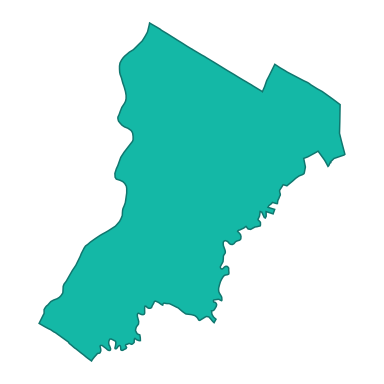 La Blanca, San Marcos, Guatemala (Natural Earth projection)
{"feature_id": "79465075B67582520223271", "entity_name": "La Blanca", "entity_type": "district", "adm_level": 2, "iso_a3": "GTM", "parent_name": "Guatemala", "parent_adm1": "San Marcos", "projection": "natural_earth1", "projection_center": [-92.12, 14.551], "detail": "fine", "context": "isolated", "style": "filled", "palette": "teal", "viewbox_px": 384, "rotation_deg": 0, "n_neighbors": 0, "source": "geoboundaries", "source_scale": "gbopen_adm2", "svg_char_len": 6017}
<svg xmlns="http://www.w3.org/2000/svg" viewBox="0 0 384 384"><path d="M149.1,25.5L147.7,31.2L147.4,32.2L145.2,36.2L142.2,41.0L138.9,44.2L135.8,47.3L133.2,49.8L129.4,52.1L124.8,56.0L123.2,57.7L121.5,60.1L120.0,63.0L119.5,66.0L119.5,69.0L119.7,72.3L120.2,74.6L120.6,75.6L121.5,78.1L122.8,83.0L124.2,87.0L125.5,91.7L126.1,95.4L126.1,98.6L125.5,101.3L124.5,103.3L121.8,107.4L120.2,111.5L119.1,114.6L117.9,117.1L117.9,118.7L118.4,120.7L118.6,121.2L120.1,123.1L122.0,125.2L124.5,126.9L126.3,127.6L127.8,128.2L130.9,130.3L131.9,131.6L132.7,133.4L133.1,136.5L133.1,139.6L132.6,141.2L124.1,152.2L120.8,157.3L117.9,165.4L116.3,168.9L114.9,173.4L115.1,177.2L116.3,179.1L120.1,180.3L122.8,181.6L124.7,183.4L126.3,186.1L126.7,188.3L126.7,193.0L126.0,198.0L125.3,202.7L124.1,206.0L123.0,208.5L122.6,210.3L122.4,212.8L122.3,215.5L121.0,218.7L119.6,221.4L117.3,224.1L115.4,226.2L108.4,230.7L105.3,232.5L102.5,234.0L100.1,235.4L95.6,238.4L90.5,242.0L88.0,244.2L85.5,246.0L84.1,248.1L82.7,250.9L81.3,253.6L80.3,256.2L75.8,265.4L72.3,270.6L66.2,281.3L64.1,284.0L63.2,286.3L62.9,292.4L62.7,293.1L61.0,295.7L59.3,297.4L57.0,298.8L53.7,300.0L50.9,301.5L47.7,305.1L46.5,306.0L45.6,307.1L44.8,308.3L44.1,309.6L44.1,313.5L43.4,314.7L39.1,323.4L44.6,326.6L48.7,328.8L50.1,329.4L51.3,330.1L52.1,330.7L54.2,332.1L55.2,332.5L68.5,342.1L68.8,342.9L69.4,343.5L70.1,344.2L71.2,345.0L74.5,347.9L75.9,348.8L79.3,351.5L80.6,352.6L83.4,354.7L86.1,357.0L87.8,358.3L90.7,360.4L91.5,361.0L92.5,359.4L94.3,357.1L97.0,354.1L97.4,353.5L99.3,353.2L100.1,352.7L100.8,350.9L100.7,349.0L100.3,347.3L100.0,346.1L100.7,345.4L102.2,345.5L103.7,346.7L106.0,348.4L107.6,349.9L109.1,350.5L109.9,350.4L110.4,350.0L110.6,348.8L109.7,346.1L109.1,345.2L108.8,343.8L108.7,342.1L109.2,340.2L109.9,339.1L111.2,339.0L114.2,340.5L115.4,341.2L115.8,342.1L115.8,343.4L115.6,345.1L115.3,346.6L115.0,347.5L115.0,348.5L115.3,348.8L116.1,348.8L116.8,348.2L117.4,347.6L117.9,346.6L118.8,345.8L119.5,345.5L120.1,345.7L120.4,346.3L120.6,347.2L120.7,348.3L120.8,349.6L121.0,350.0L121.6,350.3L122.2,350.4L123.0,350.2L124.1,349.5L125.1,349.1L126.0,348.3L126.2,347.9L126.3,348.0L126.4,347.7L126.6,347.4L126.2,346.8L125.7,346.0L125.5,345.4L125.9,344.6L126.9,344.3L127.5,344.2L128.8,343.5L129.1,343.5L129.9,343.6L131.1,344.2L131.8,344.3L132.6,343.9L134.1,342.5L134.2,341.4L134.2,340.1L134.4,339.0L135.0,338.4L135.5,338.8L136.5,339.7L137.8,340.2L139.2,340.7L140.4,340.6L140.3,337.7L139.8,334.9L138.2,334.3L137.1,333.7L135.5,330.6L135.8,328.7L136.4,326.8L137.5,325.4L138.5,324.0L138.7,321.5L137.4,316.5L137.3,314.7L137.8,313.5L138.6,313.2L139.6,313.7L141.4,314.5L143.0,314.7L144.2,314.2L144.7,313.1L144.6,308.2L144.8,306.7L145.1,306.1L146.3,306.4L147.0,307.3L148.0,308.0L149.0,308.3L150.4,308.2L151.5,307.6L152.3,305.6L153.6,303.4L154.1,302.1L154.6,301.4L155.4,301.1L157.4,301.9L158.6,302.5L160.0,303.5L161.5,304.6L162.7,305.1L163.0,303.9L163.6,303.3L164.3,303.1L165.2,303.3L166.1,303.5L167.5,303.6L169.0,303.6L169.8,303.8L174.3,306.0L176.2,307.0L178.2,307.9L182.4,311.5L185.6,313.8L186.2,314.0L191.3,314.6L192.5,314.9L194.3,315.4L195.1,315.8L196.4,316.8L197.1,317.5L197.8,318.4L198.6,319.9L199.0,320.2L199.8,320.4L205.6,316.8L206.4,316.5L208.6,316.8L209.0,317.1L210.5,318.7L212.7,321.4L214.1,322.7L216.0,319.2L214.0,317.5L213.3,316.7L211.9,314.2L211.5,310.8L212.6,310.8L213.1,310.6L213.7,310.2L214.3,309.7L215.7,307.4L216.2,306.5L216.5,305.5L216.6,304.8L216.6,304.4L216.5,304.1L216.2,303.4L215.4,302.5L215.0,302.3L214.0,302.2L213.7,301.9L213.5,301.3L213.4,300.7L213.5,300.3L213.7,300.1L214.0,299.9L217.5,299.4L218.5,299.3L219.1,299.4L220.0,300.0L221.3,300.6L221.6,300.7L221.8,300.5L221.9,299.8L221.8,298.1L221.7,297.2L221.3,296.3L219.4,293.1L219.0,292.2L218.8,291.6L218.6,290.0L218.6,288.7L218.8,287.5L219.5,284.7L220.4,281.8L220.8,280.9L221.9,278.7L223.2,276.7L223.7,276.1L224.4,275.5L225.0,275.2L225.6,275.0L226.3,274.9L227.7,274.6L228.1,274.3L228.6,274.2L228.9,273.3L228.9,272.5L228.7,270.3L228.7,268.1L228.3,267.5L227.4,266.5L226.6,266.3L225.8,266.3L225.1,266.6L224.3,267.1L223.6,267.9L222.7,268.7L222.1,269.0L221.2,268.8L220.8,268.4L220.5,267.9L220.3,267.0L220.5,266.3L223.0,261.7L223.3,258.7L223.4,256.3L223.5,255.7L224.3,254.4L225.1,253.2L225.3,252.5L225.3,251.6L225.2,250.9L224.8,249.5L224.1,247.6L223.4,245.7L223.3,244.6L223.2,243.3L223.3,242.4L223.6,241.6L224.4,240.9L225.0,240.7L225.7,240.7L227.2,241.3L228.0,241.9L228.8,242.9L229.7,243.8L230.9,244.4L232.3,244.5L232.8,244.3L233.9,243.7L234.5,243.0L235.4,241.9L236.4,241.3L237.5,240.8L239.3,240.3L240.2,239.7L240.5,239.3L240.8,238.9L240.9,237.6L241.0,236.6L240.5,234.6L239.5,233.3L237.6,231.4L237.9,230.8L238.7,230.2L239.7,230.0L243.9,228.0L246.0,226.4L248.1,229.0L250.6,229.4L255.0,227.0L257.0,226.7L259.4,226.1L260.2,225.9L260.4,225.4L260.5,224.3L260.4,222.3L259.6,221.3L258.3,220.1L258.0,219.5L258.1,219.1L259.4,216.4L259.6,215.5L260.1,211.5L261.8,212.2L264.3,217.5L265.3,218.0L266.2,216.2L266.1,211.6L273.1,213.9L274.7,209.4L267.9,207.3L268.0,207.1L269.0,205.5L271.4,203.7L272.5,202.4L276.5,203.6L277.4,203.6L277.7,201.3L278.0,200.1L278.6,199.0L279.1,197.8L279.6,196.4L280.2,195.3L280.3,194.8L280.3,194.4L280.2,193.7L280.0,193.2L279.7,191.9L279.6,191.1L279.6,190.6L279.7,190.2L280.0,189.7L283.2,184.7L286.9,185.8L292.7,181.0L295.7,178.3L298.4,176.4L299.4,175.8L302.5,174.6L303.8,173.8L304.1,173.4L304.4,172.3L305.4,167.0L303.7,158.4L307.7,156.9L313.6,153.7L318.1,151.2L324.2,159.6L325.5,161.7L328.0,166.4L328.8,165.6L329.8,163.3L330.8,162.6L330.4,162.0L334.1,158.4L335.1,158.1L344.1,155.0L344.9,154.3L342.0,143.3L341.3,140.6L339.5,133.3L339.8,121.7L340.1,104.6L333.2,99.4L322.2,91.5L317.4,88.9L310.2,84.4L309.8,83.9L307.6,82.5L303.7,80.7L287.1,72.0L284.6,70.4L280.1,67.8L274.8,64.3L268.9,76.3L266.7,80.5L264.7,86.4L262.4,91.7L262.2,91.5L253.3,86.1L251.3,84.8L247.5,82.6L246.2,81.8L243.4,80.2L237.9,76.9L233.9,74.4L227.6,70.7L215.8,63.4L206.2,57.6L204.7,56.6L201.2,54.7L187.3,46.4L182.2,43.1L177.3,40.1L167.2,33.7L161.5,30.3L159.9,29.0L149.6,23.0L149.4,24.1L149.1,25.5Z" fill="#14b8a6" stroke="#0f766e" stroke-width="1.5"/></svg>